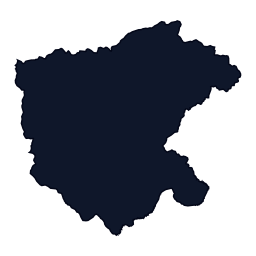 the district of Mae La Noi, Mae Hong Son, Thailand
{"feature_id": "78962969B46384371201306", "entity_name": "Mae La Noi", "entity_type": "district", "adm_level": 2, "iso_a3": "THA", "parent_name": "Thailand", "parent_adm1": "Mae Hong Son", "projection": "orthographic", "projection_center": [98.067, 18.465], "detail": "fine", "context": "isolated", "style": "filled", "palette": "ink", "viewbox_px": 256, "rotation_deg": 0, "n_neighbors": 0, "source": "geoboundaries", "source_scale": "gbopen_adm2", "svg_char_len": 5786}
<svg xmlns="http://www.w3.org/2000/svg" viewBox="0 0 256 256"><path d="M17.6,60.1L17.9,60.8L17.0,63.9L15.4,65.4L16.5,66.4L16.2,68.3L15.6,68.9L16.6,70.0L16.2,70.8L17.5,73.1L16.5,76.0L16.5,77.6L15.4,80.3L15.6,82.8L17.1,85.6L20.2,87.9L21.8,90.0L23.6,90.0L24.4,90.7L24.1,92.4L24.5,94.4L24.5,95.9L22.5,99.9L22.3,101.1L22.9,103.6L22.0,105.7L22.1,107.3L23.6,112.4L21.8,116.6L22.2,119.1L21.4,123.4L23.1,128.7L24.7,131.7L23.8,133.7L23.9,134.7L25.6,137.7L26.3,138.3L28.8,138.1L30.5,138.7L33.2,138.4L33.4,138.6L32.6,141.7L32.0,143.0L31.9,145.0L31.1,145.9L31.5,148.0L31.3,149.4L30.6,151.4L29.4,152.4L32.9,153.2L34.9,154.9L35.2,157.4L34.4,158.4L33.8,160.2L34.4,161.5L35.3,162.8L35.6,163.9L35.5,164.4L33.9,165.1L33.0,165.9L31.9,168.0L31.8,169.1L30.7,170.5L30.4,173.5L33.1,175.8L35.1,178.0L36.8,181.1L40.2,184.7L41.7,185.5L45.3,184.9L48.2,186.3L50.6,188.2L56.0,188.8L57.2,189.6L58.3,192.3L58.9,192.7L61.2,193.2L62.0,194.2L63.4,198.6L64.3,200.0L64.4,200.8L65.6,202.3L65.7,203.0L66.9,203.6L67.7,204.7L70.1,205.3L71.5,207.6L75.2,209.4L77.0,212.1L78.4,212.3L79.9,214.2L81.1,217.3L82.9,220.4L85.9,220.7L88.0,220.4L93.0,217.1L94.7,214.8L96.4,214.1L98.0,215.1L98.6,215.9L99.6,216.6L100.8,218.4L102.0,219.1L103.3,220.5L104.4,222.2L104.8,224.2L105.9,226.1L107.7,227.8L109.7,229.1L110.5,230.9L112.1,233.1L113.2,233.9L114.8,233.8L116.3,235.1L117.0,234.2L117.7,234.6L117.6,234.0L118.5,233.4L119.4,233.7L120.3,232.6L120.5,231.9L120.0,231.8L120.4,229.7L121.6,229.6L121.3,228.6L121.4,227.7L122.1,227.5L122.2,226.5L122.8,225.2L123.8,225.7L124.2,224.9L125.2,224.5L127.1,225.0L129.1,226.4L130.1,225.9L131.4,225.9L133.3,224.3L133.0,220.2L133.3,219.6L133.8,219.9L134.6,219.2L136.3,218.7L136.9,219.0L137.8,217.8L138.8,218.6L140.2,218.5L140.4,217.7L141.6,218.4L142.6,217.9L143.2,218.3L143.4,217.9L143.8,217.9L145.2,215.3L146.2,216.1L146.6,215.5L147.3,215.2L147.3,214.8L148.2,214.9L148.0,214.2L148.2,213.7L149.1,213.3L149.2,212.9L150.6,212.8L150.5,212.3L151.2,211.7L151.8,212.2L152.3,211.9L152.4,210.8L153.4,209.9L153.7,208.2L154.1,208.1L153.8,207.0L154.6,207.0L155.3,205.8L155.2,204.9L158.5,199.4L159.3,195.8L159.8,195.1L159.9,194.2L160.7,193.8L160.7,193.0L161.7,192.0L164.6,190.1L166.1,189.4L171.2,188.2L172.3,188.6L174.0,192.6L174.5,193.1L174.5,193.8L173.7,195.0L173.6,196.7L174.8,199.0L175.6,199.5L177.1,201.4L180.3,202.3L181.6,203.9L183.1,204.1L184.2,205.2L187.8,205.8L194.5,205.0L195.5,205.3L196.9,204.6L197.7,205.1L198.0,204.6L199.0,204.7L199.3,204.1L199.9,204.0L200.4,203.3L200.9,203.3L201.7,202.6L202.0,201.8L203.0,201.4L203.4,198.8L204.1,198.4L204.0,197.6L206.8,191.9L207.2,190.4L207.7,190.2L207.6,189.3L208.6,188.9L208.7,188.2L208.4,188.2L208.2,187.8L208.6,186.9L207.6,186.2L207.5,185.8L206.7,185.4L206.4,185.1L206.7,184.6L205.8,184.1L205.8,183.6L205.0,183.4L204.2,183.7L204.1,182.8L203.3,182.7L203.3,182.1L202.5,182.4L202.1,181.5L201.9,182.0L201.3,182.1L200.9,181.7L199.8,181.6L198.9,181.2L198.9,180.5L198.5,179.8L197.6,179.4L196.7,179.6L196.9,178.6L196.2,178.2L196.0,177.0L195.1,176.6L195.3,176.3L195.0,175.8L194.0,175.2L193.5,171.6L192.6,170.2L192.0,168.1L191.2,167.7L189.2,167.7L188.3,166.5L188.8,165.6L188.4,164.7L187.9,164.2L185.9,163.7L185.8,162.8L186.7,162.0L187.9,159.5L187.5,157.9L185.4,156.7L183.3,156.2L182.2,156.8L180.1,156.3L178.5,154.2L177.3,154.4L176.5,154.0L175.3,151.5L173.0,150.9L172.0,150.1L171.4,150.2L170.6,151.0L169.7,151.1L167.2,152.1L166.6,151.9L164.7,150.0L164.0,147.9L162.5,145.9L165.5,142.6L166.4,140.3L166.7,137.7L171.2,135.0L174.6,132.2L177.2,131.8L177.6,131.4L177.7,129.7L178.2,129.0L178.2,127.2L179.8,124.7L179.6,122.9L180.6,120.6L180.9,118.4L182.7,117.1L184.0,115.7L183.8,113.6L184.2,112.2L184.7,111.8L184.5,110.9L185.7,109.1L186.5,108.9L187.6,109.2L188.6,110.1L189.6,109.2L190.1,109.1L190.3,108.4L190.0,107.9L190.9,107.7L191.1,107.3L193.8,105.7L195.2,105.4L197.1,103.3L199.4,103.4L200.3,104.2L201.0,104.1L201.6,103.6L202.3,101.8L203.6,101.1L204.1,99.8L204.9,99.4L205.1,97.8L206.5,97.5L207.9,97.8L208.6,97.7L208.7,95.3L210.8,89.7L211.0,87.8L210.7,87.3L210.7,86.7L211.7,86.3L213.4,86.8L215.6,86.0L216.2,86.5L216.8,87.9L218.8,89.0L219.3,89.9L223.0,89.2L223.7,89.4L226.0,91.4L226.6,91.5L227.8,90.8L228.3,89.2L230.6,88.5L231.0,87.7L230.9,86.7L231.8,85.6L234.1,85.4L234.1,84.5L234.9,82.6L237.6,81.9L238.2,81.4L238.3,80.6L237.7,79.4L237.9,78.2L238.7,77.5L240.1,77.0L240.6,75.3L240.5,73.8L239.4,71.4L237.4,69.7L236.0,66.5L234.1,65.6L232.7,66.2L231.7,66.2L230.3,64.9L229.0,64.4L228.7,63.5L228.6,58.3L227.9,56.2L226.6,55.8L225.3,56.0L222.8,55.4L221.6,55.9L220.2,56.0L217.4,55.0L214.5,55.0L214.3,54.5L215.0,50.5L213.8,49.4L214.5,48.0L214.6,47.1L212.6,46.8L210.2,45.7L207.5,46.7L204.2,46.5L203.1,45.8L201.6,43.4L199.6,42.1L198.6,41.9L197.9,41.1L196.0,39.9L193.8,40.7L192.1,41.8L190.4,41.4L185.2,42.7L183.1,42.2L182.1,40.5L181.5,40.0L181.2,39.0L180.1,37.2L177.5,35.3L177.5,34.4L179.0,30.3L179.4,27.4L180.4,26.2L181.0,24.4L179.7,21.7L177.2,20.9L176.1,21.6L171.4,22.5L168.4,24.7L165.4,24.6L164.5,22.3L161.7,21.7L160.0,22.6L157.7,24.5L154.4,26.1L154.0,26.7L151.7,28.1L150.0,27.9L147.4,28.6L145.9,28.3L143.0,28.8L141.3,29.6L138.5,29.8L132.2,31.9L130.1,33.2L128.5,33.5L125.7,36.1L123.7,38.7L122.4,39.3L120.6,40.9L120.2,42.5L116.5,45.7L112.2,46.7L111.4,48.1L111.6,50.2L111.1,51.1L110.0,50.6L109.0,49.2L107.0,47.6L105.9,47.3L104.1,48.5L103.1,48.5L100.8,47.5L100.1,47.5L98.5,48.0L98.2,49.9L97.0,53.0L93.7,52.8L91.2,50.6L88.7,49.2L87.4,49.0L86.2,50.0L85.9,51.4L85.7,51.5L79.9,51.0L79.3,52.7L77.4,52.9L75.9,54.6L73.5,55.2L71.3,54.9L70.9,54.5L69.3,51.9L68.3,51.0L66.7,52.9L65.4,53.1L65.0,52.1L62.3,49.0L61.1,48.5L59.0,49.7L55.4,50.0L52.4,53.5L50.6,54.5L49.2,54.6L47.1,55.7L46.7,56.6L46.0,57.4L45.7,58.8L43.9,58.7L41.6,57.4L39.4,56.9L37.9,59.3L35.7,59.5L35.2,60.0L31.2,60.1L26.6,61.1L25.5,61.5L25.0,62.7L23.8,63.5L22.4,63.3L21.2,61.7L17.6,60.1Z" fill="#0f172a" stroke="#020617" stroke-width="1.5"/></svg>